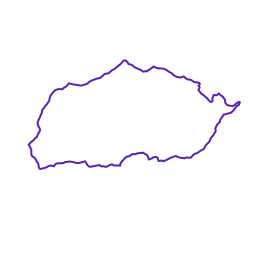 Qomoqomong, Quthing, Lesotho (Robinson projection), rotated 121°
{"feature_id": "5366337B91724059499872", "entity_name": "Qomoqomong", "entity_type": "district", "adm_level": 2, "iso_a3": "LSO", "parent_name": "Lesotho", "parent_adm1": "Quthing", "projection": "robinson", "projection_center": [27.812, -30.459], "detail": "fine", "context": "isolated", "style": "outline", "palette": "violet", "viewbox_px": 256, "rotation_deg": 121, "n_neighbors": 0, "source": "geoboundaries", "source_scale": "gbopen_adm2", "svg_char_len": 3904}
<svg xmlns="http://www.w3.org/2000/svg" viewBox="0 0 256 256"><g transform="rotate(121 128 128)"><path d="M193.3,204.6L196.3,199.8L198.9,198.2L200.4,197.3L200.9,196.5L201.6,195.5L201.6,194.1L201.6,193.0L202.4,190.9L203.4,189.5L203.8,188.9L204.5,187.0L205.9,185.5L207.1,184.6L207.8,183.8L208.4,183.1L208.2,182.0L206.9,180.6L204.8,178.6L203.6,177.5L201.9,176.7L201.2,176.3L200.0,175.0L199.3,173.0L199.0,171.8L198.0,171.8L195.9,171.4L195.0,170.6L194.5,170.2L193.7,168.9L192.5,167.0L191.4,165.3L189.5,164.3L189.0,163.5L188.0,162.2L186.9,161.0L186.7,160.5L186.2,159.4L185.9,158.6L185.3,157.0L184.6,154.4L183.8,152.6L181.6,150.3L180.4,149.2L178.7,147.7L179.3,146.0L180.0,145.0L180.8,143.3L181.1,141.5L180.3,139.8L178.5,137.9L177.6,136.9L176.5,135.7L176.2,135.3L174.4,133.2L174.7,131.9L174.4,130.5L173.4,129.4L172.8,127.0L171.8,126.1L170.1,125.2L169.3,124.6L168.6,124.2L167.4,123.1L167.4,120.7L166.3,119.0L165.5,117.6L164.3,115.4L163.1,116.0L162.0,116.1L161.1,116.1L160.4,116.1L158.3,115.7L157.3,115.5L156.4,115.3L154.7,115.0L152.7,113.9L151.4,112.1L150.3,111.9L147.9,110.6L146.7,108.2L145.3,107.3L143.4,105.1L142.4,103.3L141.4,102.4L141.5,100.2L141.2,98.3L141.7,97.4L142.1,96.5L143.1,95.2L144.2,94.0L143.5,93.3L141.9,92.0L139.8,91.0L138.1,88.6L138.7,86.7L139.8,85.7L140.4,84.8L139.7,83.6L138.8,82.7L138.5,81.9L138.1,80.9L137.9,80.0L137.0,79.6L135.4,78.5L134.0,77.5L131.3,76.0L130.4,75.0L128.8,74.0L128.3,73.4L127.3,72.4L127.2,70.5L126.7,68.5L125.9,66.4L125.5,65.6L124.9,64.0L123.1,62.7L122.1,60.4L121.3,59.2L120.7,58.8L119.5,58.6L117.8,58.2L115.7,57.5L114.3,56.1L113.3,55.4L112.1,55.0L110.0,54.1L109.3,53.6L107.8,52.7L106.6,52.3L105.5,52.3L102.9,52.5L102.0,52.2L100.9,52.0L99.5,51.6L98.2,51.3L96.5,51.5L95.3,51.6L93.9,51.8L91.7,51.4L90.5,51.2L89.0,51.2L88.0,51.2L87.0,51.2L85.9,51.0L84.6,52.0L84.1,52.3L83.3,53.0L80.6,53.2L79.9,53.4L77.7,53.0L75.6,52.4L73.4,53.2L72.1,53.1L67.2,52.8L64.4,50.0L61.4,47.3L60.4,47.3L59.6,47.0L58.4,46.5L57.3,46.5L54.9,46.2L53.1,46.1L51.2,44.9L47.6,45.5L47.9,45.6L48.3,45.8L48.6,46.3L49.6,47.1L51.2,47.9L53.0,48.3L54.9,49.1L55.4,50.0L56.3,51.8L57.0,53.7L57.1,55.5L56.5,57.0L55.9,58.0L53.8,59.3L53.2,61.0L52.3,62.9L52.2,65.1L51.7,67.9L52.0,68.0L52.6,68.4L53.2,68.4L53.6,68.4L54.0,68.6L54.3,68.9L54.5,69.4L54.9,70.3L55.2,70.5L55.4,71.1L55.7,71.5L55.8,71.6L56.4,71.5L57.0,71.3L57.7,71.1L58.3,71.1L58.8,71.0L59.2,71.0L59.6,70.7L60.0,70.3L60.7,69.9L61.2,69.6L61.3,69.5L61.7,69.5L62.2,69.6L62.6,69.9L63.0,70.4L63.0,70.7L63.0,71.3L62.8,72.2L62.7,72.9L62.7,73.3L61.7,75.4L61.4,77.8L60.9,80.3L60.9,82.7L59.9,85.3L59.0,87.3L57.6,87.3L56.0,87.7L55.2,89.4L53.6,89.0L52.6,90.1L53.3,91.7L53.8,93.5L54.6,94.9L54.4,96.6L54.4,98.8L54.8,100.2L55.7,102.0L55.7,104.0L55.1,106.7L55.9,107.6L57.7,108.8L59.1,112.8L59.3,115.3L58.6,118.3L58.6,120.8L58.6,123.4L58.4,125.7L59.0,128.5L60.2,130.8L61.2,132.6L61.9,135.3L62.1,137.6L69.8,141.0L69.8,142.0L71.0,142.9L71.8,143.8L71.8,145.4L71.7,147.2L72.1,150.0L72.3,151.2L72.4,152.8L72.5,154.1L72.0,156.0L72.2,158.4L72.9,160.5L72.2,161.7L71.7,162.5L71.6,163.2L71.5,164.1L71.5,165.3L72.7,166.6L74.7,166.9L76.4,167.2L77.3,167.4L78.8,168.1L80.0,168.4L82.1,169.2L84.4,169.9L86.2,171.2L88.4,172.0L89.0,172.2L90.9,172.7L93.1,175.2L93.6,175.8L96.7,176.7L98.6,177.4L99.4,177.6L101.7,180.1L102.9,181.1L104.8,182.6L106.8,184.1L107.7,184.6L108.7,185.1L110.9,185.6L111.9,186.4L114.6,188.8L115.9,190.2L117.4,194.0L118.8,197.3L119.6,199.7L120.2,201.7L123.9,202.2L127.1,203.9L128.6,204.2L129.8,206.6L130.1,207.2L131.1,208.1L132.4,209.4L133.5,210.0L135.9,210.6L136.7,210.7L139.4,211.0L140.1,211.1L142.0,210.7L143.9,210.1L145.0,209.6L149.6,209.8L152.3,210.4L153.8,210.3L156.3,210.8L159.2,209.8L164.6,209.0L167.5,208.7L169.5,208.5L170.3,208.0L172.1,206.4L174.2,203.1L174.8,202.4L176.6,202.0L178.4,202.0L180.0,202.0L182.8,201.5L184.7,202.4L186.9,202.6L188.2,203.1L188.6,203.3L190.1,204.0L191.6,204.1L192.4,204.3L193.3,204.6Z" fill="none" stroke="#5b21b6" stroke-width="2"/></g></svg>